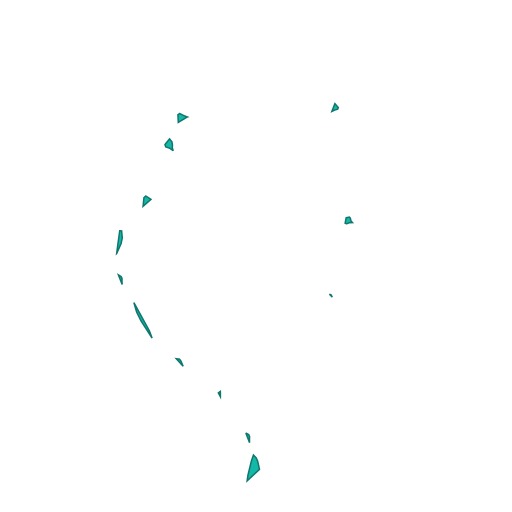 outline of Laamu, rotated 136°
{"feature_id": "MDV-5239", "entity_name": "Laamu", "entity_type": "Atoll", "adm_level": 1, "iso_a3": "MDV", "parent_name": "Maldives", "parent_adm1": "", "projection": "mercator", "projection_center": [73.461, 1.946], "detail": "fine", "context": "isolated", "style": "filled", "palette": "teal", "viewbox_px": 512, "rotation_deg": 136, "n_neighbors": 0, "source": "natural_earth", "source_scale": "10m", "svg_char_len": 1378}
<svg xmlns="http://www.w3.org/2000/svg" viewBox="0 0 512 512"><g transform="rotate(136 256 256)"><path d="M401.7,100.1L418.6,100.4L416.8,101.8L413.8,104.1L401.8,111.7L396.1,114.6L396.1,110.7L397.3,107.3L401.7,100.1ZM387.8,269.1L383.8,289.2L380.8,298.6L376.5,306.8L376.2,307.3L384.7,276.2L387.8,269.1ZM354.5,354.6L347.6,360.1L336.5,368.8L336.2,368.5L335.9,368.2L335.5,367.8L335.2,367.4L337.4,364.7L339.5,362.0L344.3,358.7L354.4,354.6L354.5,354.6ZM242.4,389.2L242.4,389.4L243.3,393.6L245.1,397.2L244.1,399.4L242.7,399.6L236.8,400.3L237.2,396.5L237.2,396.4L237.6,395.9L239.0,393.9L241.1,391.9L242.4,389.2ZM208.8,403.7L209.0,403.8L219.1,406.1L214.0,411.9L211.9,411.5L210.7,407.9L208.8,403.7ZM292.2,369.7L302.7,370.2L296.1,375.8L293.6,375.7L292.9,372.7L292.2,369.7ZM163.4,213.0L165.8,215.1L168.5,216.3L169.1,217.7L164.5,220.9L161.7,219.0L162.0,217.4L163.3,215.4L163.4,213.0ZM101.0,307.3L93.4,310.8L93.7,305.6L95.2,304.9L96.9,305.8L97.8,306.2L101.0,307.3ZM390.3,126.2L386.3,135.7L386.3,135.8L385.3,132.6L386.1,130.5L388.0,128.7L390.3,126.2ZM385.0,227.3L384.7,237.5L382.7,235.0L382.9,232.8L385.0,227.3ZM372.0,328.5L371.9,328.9L368.7,336.6L368.1,338.0L367.3,334.8L368.1,332.7L368.8,332.1L370.0,330.9L372.0,328.5ZM379.4,179.5L378.2,183.7L375.7,183.4L377.5,181.4L379.4,179.5ZM229.7,173.4L229.7,177.5L229.0,175.9L229.7,173.4Z" fill="#14b8a6" stroke="#0f766e" stroke-width="1.5"/></g></svg>